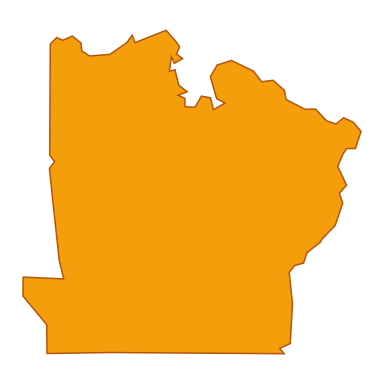 Avoyelles, Louisiana, United States of America (Albers equal-area conic projection)
{"feature_id": "52423323B56288271705093", "entity_name": "Avoyelles", "entity_type": "district", "adm_level": 2, "iso_a3": "USA", "parent_name": "United States of America", "parent_adm1": "Louisiana", "projection": "albers", "projection_center": [-91.961, 31.096], "detail": "fine", "context": "isolated", "style": "filled", "palette": "amber", "viewbox_px": 384, "rotation_deg": 0, "n_neighbors": 0, "source": "geoboundaries", "source_scale": "gbopen_adm2", "svg_char_len": 1026}
<svg xmlns="http://www.w3.org/2000/svg" viewBox="0 0 384 384"><path d="M284.1,353.7L279.7,348.4L290.2,343.5L292.5,303.7L289.2,272.4L294.5,265.6L303.5,263.1L307.0,252.7L320.4,242.1L321.9,239.2L335.2,225.4L342.7,203.1L339.3,193.3L346.5,185.2L337.7,166.4L343.1,153.8L346.8,148.6L355.4,148.5L361.0,131.4L353.3,122.3L343.7,117.8L336.0,123.9L326.8,121.0L315.5,109.1L304.9,109.3L286.1,99.5L284.4,90.4L273.1,80.3L261.6,81.7L253.3,71.0L231.4,60.5L217.2,65.0L210.4,76.7L216.6,98.6L225.0,103.0L213.5,109.7L210.4,97.8L201.4,96.1L195.1,107.2L185.0,106.7L184.9,98.3L178.1,95.3L187.2,91.8L178.7,85.2L175.0,69.8L169.4,71.2L171.3,56.8L174.4,63.3L182.5,58.6L176.5,54.0L179.6,46.8L176.0,41.5L166.0,30.3L135.1,42.6L132.1,35.2L127.0,42.5L109.9,54.4L89.6,56.0L81.8,50.9L81.0,43.0L72.3,36.1L62.7,40.3L56.7,37.5L50.3,44.1L49.7,155.3L54.6,161.7L49.4,168.4L50.5,178.3L53.3,205.5L59.2,260.1L63.7,278.9L23.1,277.1L23.0,296.1L46.8,324.8L47.0,353.5L61.0,353.3L110.3,352.5L164.2,352.9L284.1,353.7Z" fill="#f59e0b" stroke="#b45309" stroke-width="1.5"/></svg>